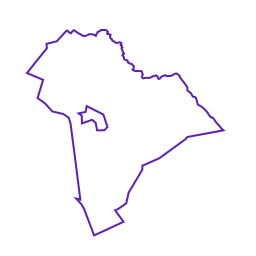 Wise, Virginia, United States of America, rotated 84°
{"feature_id": "52423323B77161668949551", "entity_name": "Wise", "entity_type": "district", "adm_level": 2, "iso_a3": "USA", "parent_name": "United States of America", "parent_adm1": "Virginia", "projection": "equal_earth", "projection_center": [-82.73, 37.001], "detail": "fine", "context": "isolated", "style": "outline", "palette": "violet", "viewbox_px": 256, "rotation_deg": 84, "n_neighbors": 0, "source": "geoboundaries", "source_scale": "gbopen_adm2", "svg_char_len": 2236}
<svg xmlns="http://www.w3.org/2000/svg" viewBox="0 0 256 256"><g transform="rotate(84 128 128)"><path d="M220.8,142.3L208.5,149.4L207.5,146.2L202.7,137.6L192.3,134.1L171.1,118.2L167.0,117.6L161.5,100.4L160.3,98.2L145.2,72.1L143.1,69.8L140.3,33.3L138.7,34.8L136.2,36.4L131.3,40.0L128.6,41.3L126.6,42.6L126.3,43.0L126.4,43.8L124.8,45.4L120.9,47.3L117.7,49.6L115.0,52.0L112.0,56.1L105.5,57.2L104.9,57.5L104.4,57.8L103.4,60.4L101.7,61.0L99.8,61.9L98.4,63.5L96.6,65.1L95.6,64.9L93.8,64.7L89.9,66.8L85.5,69.6L82.5,71.2L81.8,71.1L80.5,72.1L79.0,74.1L78.9,74.5L79.0,76.0L80.5,78.9L80.6,81.0L80.4,84.3L79.7,84.9L79.4,85.4L80.1,88.6L81.0,90.1L81.8,90.7L82.2,91.2L82.4,92.3L81.8,93.0L80.6,93.2L79.9,93.1L78.7,94.3L79.0,97.2L79.8,99.2L80.4,101.3L80.1,103.9L80.0,106.2L80.3,107.4L79.5,108.5L79.4,108.6L79.0,108.8L77.0,108.2L76.4,107.7L73.2,108.4L72.8,109.1L72.1,114.6L71.2,116.7L70.3,117.3L69.9,116.5L69.1,116.1L67.3,115.7L64.7,117.7L64.4,118.8L62.8,121.2L60.8,121.4L60.4,122.7L59.1,124.7L56.7,124.8L56.1,125.2L56.0,125.4L55.1,126.0L54.6,125.8L54.3,125.4L54.1,124.6L53.6,124.1L52.5,124.9L47.9,126.1L47.1,125.2L46.3,125.7L45.7,125.7L45.0,126.5L44.6,126.7L43.7,125.6L42.5,125.9L42.1,126.9L41.8,128.2L42.4,129.8L41.8,131.7L40.7,132.4L39.9,133.9L39.0,134.7L38.5,134.7L38.0,134.8L36.7,136.2L35.1,136.4L34.4,135.9L34.0,135.7L33.6,135.6L32.6,137.0L32.5,138.4L32.1,138.8L31.2,138.8L30.3,138.0L29.6,138.5L29.2,138.8L28.7,139.2L28.3,139.7L28.1,140.7L28.0,141.7L27.7,144.6L27.7,144.8L28.7,145.9L29.4,148.3L29.9,148.4L30.3,148.5L31.2,149.3L31.9,150.2L32.9,150.3L32.7,151.0L31.4,152.6L31.1,154.1L30.9,154.5L30.7,157.2L31.2,158.0L31.8,160.1L31.9,160.3L32.1,161.8L31.8,162.6L31.3,163.8L30.7,164.2L30.1,165.2L29.5,165.8L28.8,167.2L27.0,169.3L26.4,169.9L25.6,170.8L25.1,171.9L26.9,174.1L27.8,174.8L26.6,176.9L25.5,177.4L24.7,178.5L24.8,179.0L34.3,189.7L35.8,200.3L40.2,200.3L52.0,212.2L62.8,222.7L71.2,207.4L88.8,214.8L94.7,208.1L103.7,201.4L107.2,191.1L111.6,185.9L117.6,184.7L147.9,183.9L194.3,182.9L192.8,186.8L198.9,182.4L203.7,180.2L231.3,172.9L220.8,142.3ZM101.9,166.8L112.0,151.1L124.8,148.3L127.8,151.7L127.1,159.0L119.5,159.6L116.1,162.9L118.6,173.3L110.9,172.7L108.3,175.6L107.6,168.4L101.9,166.8Z" fill="none" stroke="#5b21b6" stroke-width="2"/></g></svg>